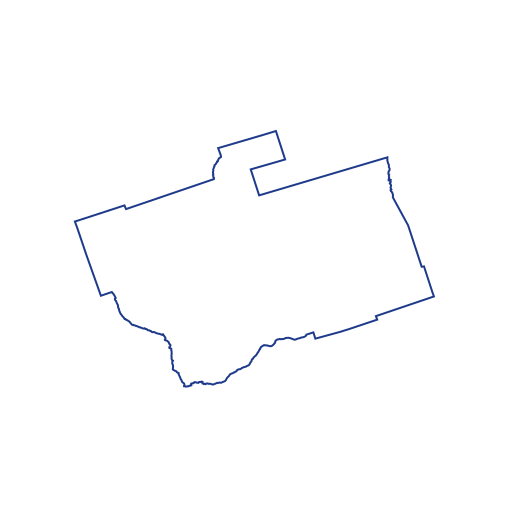 the district of Rojas, Buenos Aires, Argentina, rotated 118°
{"feature_id": "61730980B83932941288797", "entity_name": "Rojas", "entity_type": "district", "adm_level": 2, "iso_a3": "ARG", "parent_name": "Argentina", "parent_adm1": "Buenos Aires", "projection": "natural_earth1", "projection_center": [-60.686, -34.196], "detail": "fine", "context": "isolated", "style": "outline", "palette": "blue", "viewbox_px": 512, "rotation_deg": 118, "n_neighbors": 0, "source": "geoboundaries", "source_scale": "gbopen_adm2", "svg_char_len": 6115}
<svg xmlns="http://www.w3.org/2000/svg" viewBox="0 0 512 512"><g transform="rotate(118 256 256)"><path d="M205.5,82.9L186.3,102.8L187.7,104.7L157.6,136.0L139.9,162.8L138.6,163.3L138.3,163.5L138.0,163.6L137.3,164.1L136.1,165.5L136.0,165.9L135.7,166.1L135.5,166.4L135.4,166.7L135.4,167.2L135.1,167.5L134.9,167.9L134.6,168.1L133.7,167.7L133.3,168.2L133.1,168.7L132.8,169.0L132.3,169.2L132.0,169.5L131.6,169.5L130.6,169.7L130.0,170.2L129.6,170.6L129.4,171.4L129.1,171.9L128.5,171.8L128.3,172.0L127.8,172.0L127.4,171.8L126.7,172.3L126.4,172.6L125.9,172.7L125.5,172.8L125.5,173.2L125.9,173.6L126.9,173.9L127.0,174.4L126.6,174.7L126.1,174.6L125.6,174.8L125.4,175.0L124.8,175.1L124.5,175.3L123.9,175.4L123.7,175.8L123.1,176.2L122.7,176.4L121.8,176.5L121.5,177.0L121.5,177.4L121.1,177.8L120.0,178.3L118.7,178.6L118.3,178.5L117.7,178.4L116.8,178.7L116.3,178.9L115.9,179.3L115.1,180.4L114.7,180.7L113.7,181.1L113.2,181.5L112.9,181.8L112.6,182.3L112.2,182.6L111.8,183.3L111.3,183.6L111.1,183.9L110.7,184.2L110.0,184.9L109.5,185.2L109.0,185.3L108.7,185.6L107.7,186.0L107.2,186.3L201.0,281.7L182.0,301.3L157.1,275.6L136.3,297.1L144.4,305.2L178.5,340.1L183.5,334.5L184.0,334.1L185.0,333.4L185.4,333.5L185.8,333.9L186.4,334.1L187.1,334.5L187.9,334.6L188.2,334.5L188.6,334.4L189.5,334.6L190.2,334.2L190.4,334.2L190.6,334.5L190.9,334.7L191.2,334.5L191.5,334.5L192.5,334.6L192.8,334.7L193.2,334.7L193.6,334.7L194.1,334.8L195.4,335.3L195.6,335.2L196.1,334.8L196.5,334.7L196.9,334.8L197.4,334.8L198.4,334.6L199.7,334.4L200.4,334.0L201.0,333.6L201.3,333.6L202.3,333.3L202.9,332.9L203.1,332.6L203.4,332.4L203.9,332.2L204.3,332.1L204.4,331.9L204.6,331.8L204.8,331.9L205.0,331.6L205.3,331.3L206.3,330.8L206.5,330.5L206.7,330.1L206.7,329.9L206.8,329.7L207.0,329.7L207.6,329.5L207.9,329.3L275.6,392.8L273.1,395.9L310.6,432.1L315.4,426.7L334.0,407.0L363.9,374.3L355.5,366.4L355.7,365.8L356.1,365.2L356.3,364.7L356.3,364.3L356.5,363.8L357.0,363.1L357.4,362.3L357.9,361.7L358.7,360.4L359.0,360.2L359.5,360.4L360.1,360.5L360.6,360.1L361.0,359.6L361.3,359.1L361.5,358.3L361.9,357.9L362.6,357.2L363.2,356.3L363.7,355.7L364.0,355.1L365.2,354.1L366.3,353.5L366.7,352.8L366.9,352.3L367.5,352.0L368.8,350.7L369.3,350.1L369.5,349.7L370.0,349.3L370.7,348.1L371.4,346.5L371.8,345.9L372.0,345.3L372.3,344.2L372.9,343.0L373.3,342.4L373.2,342.0L372.9,341.7L373.3,340.7L373.1,339.5L373.2,338.9L373.4,336.9L374.0,335.5L374.9,333.2L374.9,332.8L374.7,332.4L374.4,332.0L374.4,331.1L374.3,330.8L374.1,330.2L374.2,329.6L374.1,329.1L373.8,328.6L373.9,327.9L373.6,326.6L373.8,325.8L373.6,325.3L373.2,324.5L373.3,324.0L373.2,322.9L373.1,322.3L372.9,321.4L372.7,320.7L372.1,320.4L372.1,320.0L372.2,319.8L372.3,319.2L372.0,318.6L371.9,318.0L372.2,317.3L372.3,316.8L372.1,316.0L371.8,315.6L371.7,315.2L371.8,314.6L371.8,314.0L371.6,313.4L372.0,312.5L372.0,312.1L371.9,311.7L371.4,311.0L371.1,310.6L371.0,309.9L371.0,309.4L370.9,309.1L370.9,307.8L370.8,307.1L370.5,306.3L370.4,305.6L370.3,305.1L370.0,304.4L369.9,303.4L369.7,302.2L369.7,301.8L368.8,301.4L368.9,301.0L369.3,300.5L369.6,300.0L369.7,299.5L370.1,298.9L370.5,297.9L371.1,297.3L371.7,297.2L372.7,297.2L373.0,296.7L372.9,296.2L372.7,295.5L372.6,294.9L372.8,293.9L373.1,292.5L374.2,291.5L374.5,290.1L374.9,289.7L375.3,289.5L376.1,289.5L376.6,289.6L377.3,289.7L377.9,289.3L377.8,288.7L377.6,287.9L377.6,287.4L378.1,287.0L379.3,286.4L379.6,286.0L379.9,285.7L382.0,284.5L383.7,283.9L385.1,282.9L386.3,282.4L387.3,281.3L387.4,280.3L387.4,280.2L388.4,280.1L388.8,280.2L389.9,279.7L390.4,279.3L391.3,278.2L391.7,277.8L393.2,277.0L393.5,276.9L394.2,276.6L394.8,276.4L395.2,276.2L395.3,275.7L395.4,274.4L395.4,273.6L395.2,272.6L395.3,272.0L395.7,271.4L395.8,270.9L395.8,270.1L395.6,269.8L395.6,269.4L396.3,269.0L396.6,268.9L396.8,268.7L397.1,268.2L397.4,267.9L397.7,267.5L398.8,266.0L399.3,265.4L399.7,265.1L400.0,264.8L400.3,264.0L400.5,263.6L401.1,263.0L401.5,262.6L401.8,262.1L402.0,261.7L402.1,261.2L402.2,260.3L402.3,259.8L402.5,259.4L403.2,258.8L403.5,258.6L403.8,258.6L404.5,258.6L404.8,258.4L404.7,258.1L404.4,257.6L404.3,256.8L403.9,256.1L403.4,255.4L402.9,255.0L402.8,254.6L402.4,254.1L401.9,253.9L401.3,253.1L400.8,252.6L400.4,252.4L400.1,252.8L400.1,253.1L399.7,253.3L399.1,253.2L398.6,252.9L398.2,252.3L398.0,252.1L397.7,251.4L397.4,251.3L396.4,251.2L396.0,250.7L395.7,249.4L395.7,249.0L395.5,248.4L395.2,248.1L395.2,247.7L395.1,247.4L394.3,247.0L393.9,247.0L393.6,246.6L393.2,245.7L392.6,245.3L392.5,244.9L392.3,244.7L392.3,244.3L392.3,244.0L393.3,243.8L393.6,243.5L393.5,243.0L393.6,242.2L393.0,241.7L393.1,241.0L393.0,240.6L392.4,240.4L392.2,240.1L392.1,239.8L391.5,239.4L391.2,238.8L391.2,238.1L390.9,237.5L390.2,236.1L390.1,235.3L389.8,233.9L389.3,233.2L388.2,232.3L387.4,231.6L386.3,230.8L385.9,229.9L384.8,228.7L384.6,228.0L384.2,227.2L382.8,226.2L382.1,225.5L381.2,224.8L380.6,224.5L379.9,224.4L378.9,224.3L378.0,224.4L377.2,224.3L376.0,224.0L375.3,223.7L373.9,223.5L373.1,223.4L372.3,223.2L371.4,222.5L370.6,221.7L369.9,221.2L369.2,220.8L368.8,220.3L368.3,220.2L367.0,219.2L366.0,219.2L365.0,218.8L364.4,218.1L364.0,217.9L363.4,216.9L362.7,216.4L360.9,215.5L358.1,212.7L357.4,212.4L356.4,211.5L355.7,211.1L354.5,210.8L353.7,211.0L353.1,210.9L352.3,210.9L351.5,210.6L350.4,210.8L349.2,211.0L347.9,210.4L346.8,210.5L344.8,209.8L343.8,209.4L342.5,209.2L341.3,209.2L339.2,208.9L338.2,208.9L337.6,209.0L336.2,208.7L335.8,209.0L335.4,208.9L335.0,208.8L334.4,208.9L333.0,208.4L332.0,207.7L331.3,207.4L330.8,206.9L330.7,206.1L330.3,205.6L330.2,205.1L329.6,203.8L329.5,202.9L329.2,201.8L328.7,200.5L327.8,199.7L326.9,199.4L326.2,199.0L325.6,198.8L324.7,198.8L324.0,198.5L322.9,198.6L322.3,198.9L321.7,199.0L321.0,198.6L320.2,198.3L319.6,197.8L318.6,196.6L318.3,196.3L318.0,195.9L318.0,195.4L317.6,194.7L316.3,192.7L315.8,192.2L314.9,191.6L314.5,191.4L313.0,189.0L312.7,188.2L312.4,187.0L312.3,185.8L312.1,184.9L312.0,183.6L311.8,182.6L311.2,181.9L309.1,180.1L308.1,178.9L306.9,177.9L305.1,175.7L304.2,175.1L303.6,174.7L302.9,174.5L302.2,174.5L301.8,174.6L296.5,169.5L301.1,164.8L283.2,145.8L276.8,139.5L255.3,119.1L252.8,121.9L208.2,79.9L205.5,82.9Z" fill="none" stroke="#1e3a8a" stroke-width="2"/></g></svg>